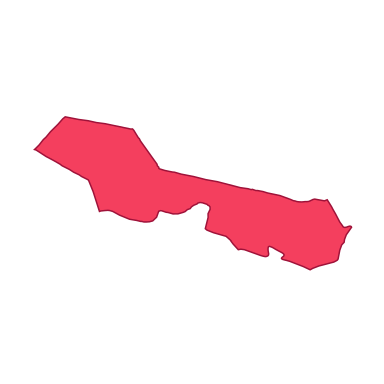 San Carlos Sija, Totonicapán, Guatemala (Equal Earth projection), rotated 286°
{"feature_id": "79465075B11845713959586", "entity_name": "San Carlos Sija", "entity_type": "district", "adm_level": 2, "iso_a3": "GTM", "parent_name": "Guatemala", "parent_adm1": "Totonicapán", "projection": "equal_earth", "projection_center": [-91.578, 15.079], "detail": "fine", "context": "isolated", "style": "filled", "palette": "rose", "viewbox_px": 384, "rotation_deg": 286, "n_neighbors": 0, "source": "geoboundaries", "source_scale": "gbopen_adm2", "svg_char_len": 2535}
<svg xmlns="http://www.w3.org/2000/svg" viewBox="0 0 384 384"><g transform="rotate(286 192 192)"><path d="M171.3,190.8L173.8,192.4L175.5,194.8L177.6,195.6L179.7,197.3L182.0,200.2L183.0,200.7L184.1,202.6L184.5,204.9L184.3,209.9L183.6,211.1L183.6,212.0L182.7,213.4L180.4,214.2L175.6,213.4L172.0,214.5L160.4,214.9L159.5,216.9L158.8,223.8L158.8,237.0L156.0,242.8L155.6,242.9L153.3,245.9L149.3,252.4L150.5,254.7L151.0,258.3L149.9,275.5L149.9,277.7L150.0,279.4L150.1,280.2L150.3,280.9L150.7,281.5L151.2,282.2L151.8,282.7L152.5,282.9L153.3,282.8L153.8,282.7L155.0,282.1L156.7,281.3L158.1,280.8L159.1,280.6L160.1,280.5L160.6,280.7L161.1,281.4L161.1,282.2L161.0,283.7L160.9,284.4L160.7,285.5L160.0,288.0L159.2,291.6L158.8,293.6L158.5,294.9L158.3,295.8L157.9,296.7L157.5,297.4L157.0,297.8L156.0,297.9L155.4,297.6L154.7,297.1L154.0,296.6L153.2,296.3L152.7,296.4L152.3,297.1L152.2,297.6L152.2,298.5L152.2,299.9L152.3,301.7L152.3,305.1L151.0,319.6L149.8,327.0L151.9,329.1L155.9,334.4L158.9,339.5L162.3,345.2L163.0,346.4L163.7,347.6L165.5,349.5L166.6,350.5L167.8,350.9L176.8,350.1L182.5,350.5L185.6,352.1L188.4,351.7L193.4,352.1L202.1,355.1L202.7,354.5L202.8,353.7L202.6,352.9L201.9,351.7L200.7,350.1L200.3,349.2L200.0,348.4L200.0,347.7L200.1,347.1L200.5,346.5L201.1,345.9L203.7,342.5L206.6,339.7L210.4,336.1L214.4,332.0L215.7,330.8L216.5,330.0L221.8,324.1L220.7,322.7L220.0,321.7L219.0,311.9L218.2,310.4L215.2,307.0L214.4,305.1L214.0,303.5L213.4,302.1L212.7,300.3L212.5,299.5L212.0,297.4L211.7,295.3L211.8,293.9L211.7,292.6L211.6,291.7L212.0,288.9L212.8,277.9L212.8,277.2L211.9,264.8L212.0,260.2L211.5,254.8L211.0,252.9L211.2,249.3L210.6,248.2L210.6,245.0L209.5,237.2L208.9,213.5L207.7,201.9L207.3,189.2L206.2,176.7L206.2,169.8L205.8,167.6L205.2,159.9L205.3,154.2L205.7,153.5L206.6,153.3L207.6,151.5L209.1,150.7L215.5,142.6L226.9,128.3L228.7,126.7L229.4,125.4L235.2,119.1L236.2,117.5L235.6,115.5L233.7,89.6L232.4,81.0L231.9,72.6L230.5,63.2L229.3,49.4L226.7,47.6L220.3,44.6L211.0,39.4L204.4,36.5L201.5,34.7L194.9,32.0L189.4,28.9L189.4,30.5L185.9,42.0L184.2,50.1L182.4,57.4L181.4,59.9L179.9,67.9L178.4,72.8L177.4,78.9L176.5,81.4L175.1,88.8L174.2,89.8L165.1,96.9L147.8,108.4L148.6,109.5L150.1,113.2L151.2,116.2L151.5,118.1L151.5,121.1L149.8,128.7L148.6,139.5L149.4,146.5L149.6,151.2L149.9,151.7L149.9,153.8L150.6,156.4L151.7,159.4L153.4,162.2L158.0,164.9L164.3,165.3L164.6,165.8L165.3,166.6L165.6,168.0L165.4,172.7L165.7,174.6L165.7,179.7L167.1,184.5L168.7,187.1L170.1,189.3L171.3,190.8Z" fill="#f43f5e" stroke="#9f1239" stroke-width="1.5"/></g></svg>